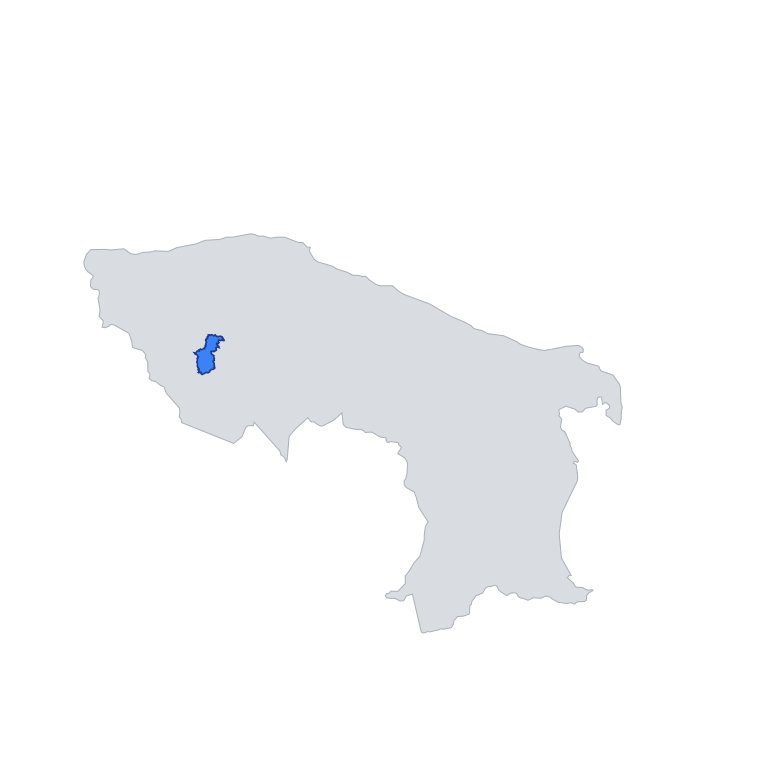 location of Quispicanchi, Cusco, Peru, rotated 138°
{"feature_id": "86281439B28575146552042", "entity_name": "Quispicanchi", "entity_type": "district", "adm_level": 2, "iso_a3": "PER", "parent_name": "Peru", "parent_adm1": "Cusco", "projection": "natural_earth1", "projection_center": [-71.156, -13.517], "detail": "fine", "context": "in_parent", "style": "filled", "palette": "blue", "viewbox_px": 768, "rotation_deg": 138, "n_neighbors": 0, "source": "geoboundaries", "source_scale": "gbopen_adm2", "svg_char_len": 9245}
<svg xmlns="http://www.w3.org/2000/svg" viewBox="0 0 768 768"><g transform="rotate(138 384 384)"><path d="M524.9,223.4L524.8,225.5L522.5,226.6L520.4,225.1L517.3,225.5L512.7,220.7L501.7,221.4L496.8,227.1L489.5,228.4L481.5,231.0L472.5,232.1L458.4,241.2L455.1,244.9L448.7,250.3L443.5,252.1L440.9,268.6L435.8,278.3L433.8,283.6L436.6,291.6L436.5,295.5L433.7,298.7L431.3,299.0L426.4,302.4L419.2,309.7L418.0,315.3L420.3,322.8L419.5,323.6L413.5,325.0L413.7,329.1L412.5,330.7L417.5,336.6L420.3,338.0L420.5,339.6L420.0,341.1L418.9,341.7L418.8,343.0L422.5,347.4L425.1,356.3L430.4,360.6L430.5,363.4L432.0,366.2L434.8,368.3L441.2,377.2L441.3,381.3L434.6,390.7L445.6,390.7L457.7,393.9L459.4,395.4L460.9,399.7L461.1,402.4L463.5,404.7L463.2,409.9L479.2,409.9L489.5,408.6L506.2,392.9L508.8,391.6L507.4,395.0L507.2,397.5L508.1,400.2L506.2,404.0L506.0,442.4L509.0,440.4L512.9,444.0L515.8,444.2L524.9,439.8L535.5,440.5L560.2,490.7L558.1,494.1L558.2,496.7L555.2,498.9L552.1,502.9L551.9,522.9L549.4,528.9L550.8,532.1L552.1,538.4L554.4,542.3L554.9,544.7L554.7,545.6L551.2,547.8L551.0,551.4L544.8,558.5L543.7,563.4L541.4,565.0L541.0,570.4L546.5,579.3L542.9,584.5L539.6,592.3L545.2,608.8L547.5,611.2L549.9,611.0L553.6,612.5L555.5,614.9L551.0,618.0L550.3,619.4L550.6,624.8L545.6,628.9L539.0,639.3L537.3,639.8L533.9,642.9L533.3,644.5L533.9,646.0L536.7,649.0L537.0,652.8L532.2,657.5L528.9,658.0L527.6,659.2L529.0,665.6L529.0,668.5L527.9,671.9L525.5,675.5L518.5,679.4L512.0,680.0L501.0,670.5L497.6,666.6L486.8,658.5L485.0,650.1L481.4,645.9L474.7,642.9L469.4,638.5L465.4,636.5L455.6,626.9L446.6,623.9L429.9,613.9L420.8,610.5L409.2,601.2L403.0,598.6L397.9,594.2L382.7,584.9L380.3,582.0L378.0,577.4L374.6,574.6L370.8,568.3L365.1,564.6L359.7,559.7L352.9,546.5L349.8,543.5L349.5,537.5L347.3,534.8L350.5,532.8L352.5,523.5L351.4,518.8L343.6,506.3L342.1,501.1L336.5,491.5L334.4,485.7L329.9,481.5L327.9,477.9L325.4,476.4L325.3,472.0L323.5,463.6L321.0,459.3L312.0,451.4L311.0,442.8L309.0,436.8L296.4,412.6L289.0,389.4L282.9,376.5L280.3,369.0L280.1,365.0L275.5,358.2L273.1,351.9L262.8,339.8L256.9,326.3L256.1,322.3L252.0,314.9L245.5,305.3L242.2,301.4L222.6,289.6L213.4,282.3L212.3,278.6L212.7,276.4L214.8,274.4L217.6,275.9L219.3,275.3L220.6,272.6L220.6,268.6L218.9,263.5L212.5,253.5L214.2,249.0L207.8,237.4L209.2,226.2L210.6,223.4L220.1,212.0L222.7,207.1L226.7,204.1L230.9,199.5L235.9,196.0L237.3,197.2L238.8,203.3L238.6,207.4L240.0,211.9L236.5,216.0L232.8,215.1L231.3,216.1L230.8,218.1L231.4,221.2L232.3,222.4L235.2,222.6L231.4,228.5L231.7,229.7L234.3,230.8L236.8,229.3L239.5,225.9L241.1,225.4L250.7,231.2L255.1,230.5L258.5,233.2L258.9,237.5L263.7,245.8L270.9,247.8L272.0,247.1L273.7,244.0L275.2,243.5L275.5,238.9L281.7,234.0L282.6,230.6L281.7,228.2L281.9,226.3L285.4,215.4L286.6,214.3L287.6,210.7L289.1,208.6L291.1,196.3L292.8,196.4L294.4,199.3L296.3,198.5L295.3,195.8L295.6,194.8L302.4,185.0L304.6,182.9L337.6,169.4L354.0,155.5L368.5,136.1L373.0,116.5L374.7,117.8L377.4,117.4L376.5,109.5L377.2,105.7L377.1,104.5L372.6,99.8L370.7,94.6L366.8,91.7L366.9,90.6L371.1,91.7L374.9,91.2L378.1,88.0L380.5,88.2L385.9,92.7L389.9,93.1L391.2,96.3L395.1,98.6L400.7,105.4L403.2,112.7L403.0,114.1L405.5,118.0L410.8,119.8L416.2,125.3L421.7,126.9L424.2,131.9L425.7,133.4L426.5,136.2L425.6,139.5L426.4,141.3L430.5,144.2L434.0,144.4L434.8,145.7L436.7,153.8L435.4,157.9L436.0,160.2L440.6,162.2L441.9,163.9L445.5,164.3L450.7,162.6L457.1,165.1L462.1,164.1L464.4,163.5L466.7,161.7L468.6,161.8L473.7,156.6L475.1,156.1L480.5,158.5L485.0,162.0L490.6,161.3L492.9,159.1L497.0,157.9L504.3,162.3L505.9,164.3L507.9,164.7L515.8,169.1L517.2,170.8L521.3,172.5L522.2,173.9L521.9,175.4L503.5,208.8L509.2,211.5L514.5,209.8L517.3,212.0L519.3,217.4L523.5,221.1L524.9,223.4Z" fill="#d9dde1" stroke="#a8b0b8" stroke-width="1"/><path d="M481.8,538.1L481.8,537.9L482.1,537.8L482.1,537.6L482.6,537.3L482.9,536.8L483.1,536.8L483.4,537.2L483.6,537.1L483.8,537.2L483.9,536.8L484.4,536.8L484.6,536.5L484.6,536.3L484.6,536.0L484.8,535.8L485.0,535.8L485.3,536.2L485.7,536.6L486.3,536.0L486.6,536.0L487.0,536.2L487.3,535.9L487.5,535.6L487.4,535.2L487.7,535.1L487.6,534.6L488.0,533.6L488.4,533.5L489.0,533.6L489.4,533.3L489.5,533.2L489.7,532.4L489.9,532.1L490.1,532.0L490.3,532.3L490.7,532.5L491.0,532.4L491.0,532.2L491.1,531.6L491.4,531.2L491.5,530.9L492.3,530.9L492.3,531.1L492.4,531.3L492.7,531.5L493.2,531.4L493.3,531.1L493.5,531.0L493.6,530.7L493.8,530.3L494.3,530.7L494.7,531.0L495.1,531.2L495.4,531.1L495.7,531.2L496.0,531.3L496.4,531.5L496.5,531.7L496.6,532.0L496.8,532.0L496.9,532.6L497.2,532.7L497.2,532.9L497.7,532.8L497.9,532.7L498.5,533.2L498.7,532.5L498.9,532.4L499.1,532.0L499.6,532.2L499.7,532.4L499.8,532.5L500.1,532.7L500.2,533.2L500.5,533.4L500.8,533.6L501.1,533.5L501.1,533.4L501.3,533.4L501.5,533.4L501.8,533.3L502.5,533.2L502.9,533.3L503.4,533.5L503.5,533.5L503.8,533.7L504.1,534.1L504.1,533.6L504.3,533.4L504.3,533.1L504.4,532.8L504.0,531.8L503.7,531.8L503.8,531.6L503.7,531.5L503.8,531.3L503.6,531.0L503.4,530.7L503.5,530.4L503.4,530.0L503.4,529.9L503.5,529.7L503.8,529.5L503.8,528.9L504.0,528.7L503.9,528.3L504.2,528.1L504.4,528.2L504.5,528.0L504.7,527.9L505.2,528.3L505.4,528.2L505.5,528.1L505.6,527.9L505.8,527.9L505.8,527.7L506.1,527.5L506.1,527.3L506.4,527.1L506.7,526.5L506.8,526.5L507.1,526.2L507.4,526.2L507.6,526.0L507.7,525.8L508.2,525.8L508.5,525.5L508.7,525.4L508.7,524.9L508.6,524.6L508.8,524.0L509.4,523.5L510.0,523.1L510.4,522.6L510.8,522.2L510.8,521.9L511.1,521.6L511.1,521.4L511.2,521.2L510.8,521.2L510.7,521.1L511.0,520.5L511.1,520.3L511.3,520.2L511.3,519.8L511.3,519.7L511.5,519.6L511.4,519.3L511.4,519.1L511.2,518.8L511.3,518.6L511.7,518.5L511.8,518.4L511.9,518.5L512.1,518.4L512.2,518.6L512.7,518.9L512.7,518.6L512.9,518.0L512.8,517.8L512.6,517.7L512.8,517.1L513.1,516.9L513.5,517.0L513.6,516.8L514.2,516.9L514.1,516.7L514.2,516.4L513.9,516.3L513.8,516.1L513.6,515.9L513.2,515.6L512.5,515.5L512.5,515.3L512.2,515.3L512.0,515.1L512.1,514.9L512.2,514.7L512.6,514.5L512.7,514.4L512.9,514.4L513.0,514.2L512.9,513.9L513.1,513.4L512.9,512.9L512.8,512.7L512.7,512.7L512.5,512.8L512.4,512.7L512.0,512.5L511.4,512.3L510.9,512.0L510.5,512.0L509.9,511.9L509.7,512.0L509.1,511.8L508.8,511.8L508.5,511.8L508.5,511.5L508.3,511.2L507.9,511.0L507.8,510.6L507.6,510.5L507.5,510.2L507.2,510.0L506.4,509.8L506.0,509.8L505.8,509.9L505.5,509.7L505.2,509.8L504.8,510.0L504.8,510.3L504.3,510.2L504.0,510.4L503.7,510.2L503.1,510.2L502.7,510.3L502.5,510.2L501.8,509.8L501.6,509.7L501.3,509.4L501.2,509.2L500.8,509.0L500.4,509.0L500.2,509.1L500.1,509.4L499.9,509.4L499.4,509.2L498.9,509.1L498.9,509.5L499.0,509.7L499.0,509.9L499.2,510.2L498.9,510.2L498.2,510.4L498.2,510.8L498.1,511.0L497.8,511.0L497.7,511.2L497.8,511.5L497.7,511.9L497.4,512.0L497.1,512.3L496.9,512.3L496.7,512.3L496.4,512.9L496.4,513.2L496.2,513.4L496.3,514.0L496.2,514.0L495.8,514.3L495.8,514.5L495.8,515.1L495.7,515.5L495.3,515.6L495.1,515.6L494.6,515.2L494.3,515.1L493.9,515.9L493.6,516.0L493.4,516.3L493.5,516.4L493.4,516.6L493.1,516.6L492.9,516.6L493.0,517.1L492.8,517.2L492.7,517.4L492.7,517.5L492.4,517.7L492.3,518.1L492.1,518.4L492.0,518.7L492.0,518.9L491.8,518.9L492.0,519.1L491.9,519.5L491.7,519.6L491.6,519.9L491.6,520.1L491.7,520.4L491.9,520.6L492.0,521.1L491.9,521.4L491.9,521.7L492.1,522.2L491.9,522.6L491.7,522.6L491.6,522.9L491.3,522.8L491.1,523.0L490.8,523.9L490.6,523.8L490.5,523.6L490.0,523.6L489.9,523.2L489.6,523.0L489.5,522.8L489.1,522.4L488.7,522.4L488.7,521.9L488.5,522.0L488.3,521.9L488.0,521.7L487.9,521.6L487.5,521.6L487.3,521.5L487.0,521.7L486.6,521.7L486.4,521.4L486.2,521.5L486.1,521.4L485.8,521.3L485.7,521.3L485.6,521.6L485.5,522.0L485.3,522.2L485.0,522.5L484.8,522.9L484.9,523.2L484.5,523.6L484.1,523.7L483.9,523.3L483.6,523.2L483.1,522.8L482.9,522.5L482.7,522.1L482.4,522.0L482.2,521.5L482.1,521.8L481.7,522.0L481.5,522.4L481.7,522.7L481.8,523.0L481.8,523.3L481.7,523.4L481.8,523.8L481.9,524.2L481.8,524.7L481.9,524.8L482.0,525.1L481.9,525.5L481.7,525.6L481.5,525.9L481.4,525.9L481.2,526.2L480.9,526.2L480.7,525.9L480.7,525.7L480.6,525.3L480.3,525.0L480.2,525.3L480.0,525.1L479.6,525.0L479.3,525.1L479.2,525.2L478.8,525.1L478.7,525.2L478.8,525.6L478.9,525.9L478.9,526.2L478.2,527.0L477.9,527.5L477.5,527.4L477.2,527.2L477.2,526.8L477.1,526.7L476.7,526.3L476.6,526.1L476.6,525.8L476.0,525.4L476.0,525.1L476.1,524.7L476.0,524.9L475.8,525.0L475.6,525.3L475.4,525.4L475.3,525.0L475.0,524.6L474.8,524.5L474.6,524.2L474.4,523.8L473.8,523.3L473.4,523.5L473.5,524.3L473.4,524.4L473.5,524.6L473.4,524.9L473.5,525.2L473.4,525.2L473.5,525.4L472.9,525.9L473.3,526.3L473.4,526.5L473.2,526.7L473.0,526.9L472.9,527.0L472.7,527.2L472.9,527.6L473.0,527.8L473.2,528.3L473.2,528.6L473.5,529.0L473.8,529.0L474.1,529.4L474.4,529.4L474.9,529.8L475.3,529.8L475.4,530.1L475.4,530.3L475.7,530.7L475.9,530.5L476.3,530.9L476.3,531.0L476.6,531.4L476.6,531.6L476.6,531.8L476.6,532.3L476.8,532.6L476.6,532.7L476.4,533.0L476.4,533.4L476.5,533.5L476.6,533.4L476.8,533.5L477.1,533.6L477.5,533.4L477.8,533.5L478.2,533.5L478.5,534.0L478.4,534.3L478.4,534.7L478.6,535.0L478.7,535.4L478.9,535.8L479.1,535.9L479.2,536.1L479.4,536.2L479.7,536.0L480.0,536.0L480.4,536.1L480.5,536.2L480.6,536.7L480.4,536.7L480.4,537.0L480.9,537.4L481.0,537.5L481.1,537.3L481.4,537.5L481.5,538.0L481.8,538.1Z" fill="#3b82f6" stroke="#1e3a8a" stroke-width="1.5"/></g></svg>